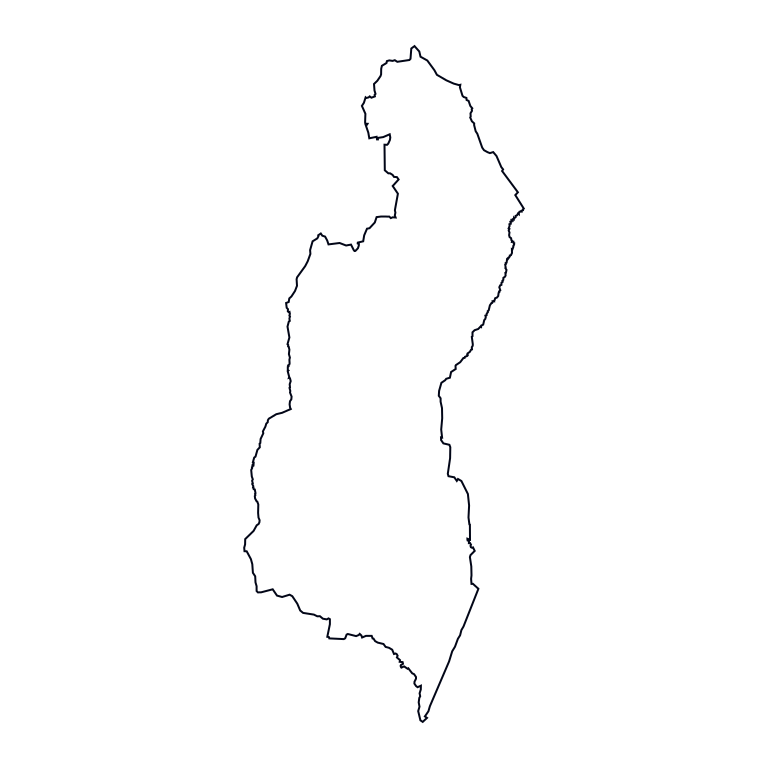 the district of Kilosa, Morogoro, United Republic of Tanzania
{"feature_id": "72390352B53131574128845", "entity_name": "Kilosa", "entity_type": "district", "adm_level": 2, "iso_a3": "TZA", "parent_name": "United Republic of Tanzania", "parent_adm1": "Morogoro", "projection": "equal_earth", "projection_center": [37.018, -6.957], "detail": "fine", "context": "isolated", "style": "outline", "palette": "ink", "viewbox_px": 768, "rotation_deg": 0, "n_neighbors": 0, "source": "geoboundaries", "source_scale": "gbopen_adm2", "svg_char_len": 6089}
<svg xmlns="http://www.w3.org/2000/svg" viewBox="0 0 768 768"><path d="M245.2,539.1L245.1,544.4L244.2,547.7L244.5,551.2L246.7,551.3L250.9,559.1L252.3,564.2L252.9,572.8L255.2,576.3L255.5,582.4L256.6,586.2L256.6,591.0L257.9,592.4L261.2,592.3L272.7,589.3L277.0,595.6L282.1,597.0L289.6,594.7L292.3,596.2L297.3,603.7L300.2,610.5L303.1,612.9L313.9,614.6L317.3,616.3L319.9,616.2L322.9,618.7L326.8,619.4L328.5,618.4L329.9,619.2L329.9,624.2L327.3,636.8L328.9,637.1L329.3,638.4L343.8,639.1L345.2,638.3L346.6,634.6L347.8,634.0L356.1,636.1L358.8,635.0L359.7,633.9L361.4,635.5L362.1,637.5L365.9,635.9L371.7,635.9L372.6,638.5L373.5,638.6L375.1,641.1L377.7,642.6L383.5,644.0L385.6,646.9L389.0,647.8L392.2,649.7L394.0,654.0L395.6,653.5L396.7,654.1L397.6,655.7L396.9,657.5L400.0,660.1L399.7,661.8L402.6,662.1L403.0,663.8L400.9,665.1L400.6,665.9L401.0,667.1L401.4,667.6L404.1,666.4L407.6,668.8L408.3,668.3L412.2,673.3L414.1,674.2L416.0,677.0L416.0,678.7L414.5,681.7L414.4,683.6L416.1,686.1L417.6,687.2L420.9,685.7L420.8,689.5L419.6,693.3L420.2,696.3L419.3,697.9L418.7,702.4L419.5,706.7L418.2,711.1L420.4,720.3L422.7,721.9L427.0,717.9L424.9,716.4L428.4,711.3L429.9,706.2L449.1,661.4L452.2,651.3L455.0,646.7L457.9,638.8L460.1,635.3L461.4,630.1L463.5,626.5L478.4,588.8L472.9,583.8L471.5,583.9L471.1,578.9L471.5,575.4L471.3,566.4L469.9,557.1L470.5,555.1L474.7,550.9L473.0,547.4L472.1,547.8L470.9,547.2L470.5,545.8L471.0,544.7L470.0,543.0L468.9,543.1L469.0,540.9L467.6,540.5L467.4,539.5L467.4,538.7L470.0,539.7L469.9,524.6L469.4,524.4L468.5,517.5L469.1,505.5L467.9,494.0L461.4,481.0L458.0,479.0L456.8,480.9L454.3,477.3L448.5,476.2L447.8,473.8L450.1,458.2L450.3,447.2L449.4,444.8L443.4,443.4L441.1,440.1L441.0,437.4L442.1,437.6L441.2,429.6L442.2,418.2L442.0,408.1L440.6,401.7L440.6,398.3L438.8,395.8L439.1,390.9L441.4,382.8L445.2,380.2L446.2,378.8L449.9,377.7L451.1,372.0L455.7,369.0L455.5,365.9L455.9,365.1L460.2,362.2L463.4,358.0L464.6,357.9L465.0,356.8L467.3,355.9L467.8,355.1L467.2,354.6L467.5,353.5L469.8,351.9L471.1,349.7L472.0,349.4L471.8,347.2L472.7,345.8L472.8,344.3L471.8,336.8L472.5,336.2L472.5,332.3L474.6,330.2L478.2,329.0L480.3,326.8L481.1,327.1L481.2,325.6L483.2,324.6L484.2,320.2L485.3,318.9L485.8,317.0L485.4,315.6L486.6,315.2L486.7,313.7L487.9,312.1L487.7,311.2L488.7,310.3L489.9,305.3L491.5,303.0L492.2,302.9L492.6,301.6L493.4,301.5L493.0,301.1L494.4,300.7L495.2,298.2L496.9,297.6L498.2,296.0L498.6,292.9L499.4,292.0L499.1,291.4L500.3,290.3L499.3,287.2L500.2,285.3L501.4,284.9L501.5,282.7L502.7,281.8L502.4,280.8L503.3,279.9L503.4,277.8L505.0,276.7L505.6,275.5L505.4,272.9L505.9,272.8L506.5,269.9L505.4,268.1L505.7,267.8L505.2,264.5L505.9,264.0L505.7,263.0L506.6,262.6L507.1,258.8L508.0,258.0L508.2,258.6L509.8,256.4L509.8,255.5L511.0,255.1L512.0,252.9L511.9,249.4L512.3,249.7L513.4,246.8L513.2,246.1L514.1,244.7L514.2,243.3L513.7,243.3L513.4,241.7L511.9,241.9L512.1,240.8L511.4,240.1L511.1,238.2L509.6,237.1L509.1,235.1L509.5,232.5L508.7,230.6L509.4,228.9L508.6,228.5L509.6,225.9L509.4,224.2L510.8,223.7L510.4,221.8L511.4,221.7L511.4,220.2L512.6,220.7L512.7,219.3L513.8,219.6L513.9,218.4L514.4,219.2L514.2,217.9L515.6,217.2L515.6,215.9L517.0,215.3L518.0,213.5L518.9,214.2L518.9,212.7L519.5,211.7L521.6,211.6L521.4,210.8L523.0,210.2L522.9,209.4L523.8,208.6L515.3,195.1L517.9,192.3L502.1,171.0L503.1,169.4L501.3,167.1L496.5,156.0L493.2,152.1L489.9,153.1L487.6,152.2L484.0,150.2L482.2,147.6L477.3,133.7L475.7,131.3L474.1,125.0L474.2,123.4L471.9,121.3L470.2,117.5L470.7,116.5L470.5,113.3L472.0,110.8L471.7,109.2L472.3,108.3L470.3,105.9L468.6,100.9L466.6,100.0L466.4,97.9L463.7,97.0L462.5,95.8L459.9,87.3L460.3,84.8L459.0,85.1L453.7,83.6L446.3,80.3L436.9,74.8L434.4,70.2L427.3,60.5L420.5,56.7L419.3,51.5L414.5,46.1L411.3,48.5L410.5,58.8L409.4,60.0L397.3,61.8L394.8,60.2L392.6,60.9L389.3,60.4L386.9,61.1L386.5,63.0L381.9,65.8L381.2,68.8L381.1,74.4L380.5,76.1L377.3,80.8L374.0,84.0L374.5,90.5L375.5,93.9L374.6,94.9L374.9,96.4L371.4,97.7L369.7,96.4L368.6,97.4L366.3,98.0L365.6,97.4L363.9,102.8L361.9,105.9L365.4,113.8L365.1,122.4L365.4,123.7L367.5,123.8L367.0,124.7L365.6,124.7L368.3,132.6L369.3,138.3L376.6,136.8L377.0,139.4L377.9,139.4L377.9,137.9L383.2,137.1L389.7,134.3L390.3,137.5L389.9,140.0L388.2,143.7L387.1,144.8L384.5,144.7L384.8,170.3L388.3,173.3L390.1,173.3L392.6,174.9L394.0,176.9L396.9,177.1L398.6,179.5L392.7,186.0L397.9,193.7L394.9,210.2L395.4,212.7L394.8,215.4L395.6,217.5L392.7,217.3L390.8,218.1L389.3,216.6L381.3,216.5L376.6,217.1L374.8,222.5L369.5,228.2L367.0,228.7L364.2,235.3L363.2,241.3L357.8,242.6L357.7,243.5L358.9,244.1L358.8,245.6L357.9,248.3L355.4,250.9L354.5,251.0L353.7,250.0L351.0,244.6L346.1,245.5L339.6,243.0L328.5,244.4L327.2,240.5L325.1,236.6L322.3,235.7L320.8,233.5L318.2,235.3L318.4,236.3L317.3,238.4L312.6,241.3L310.1,250.1L310.4,253.9L307.7,261.3L305.2,266.1L297.1,277.3L296.6,279.2L297.0,285.8L295.0,291.0L291.4,296.5L289.3,298.4L288.7,302.0L286.1,303.0L286.7,307.8L288.0,309.2L287.8,311.3L288.7,312.2L289.5,311.9L289.9,313.8L289.4,315.7L290.0,316.4L289.4,318.6L289.8,320.9L288.8,321.6L287.5,326.6L289.4,337.5L287.5,344.2L288.2,344.9L288.1,346.4L288.7,346.7L289.4,349.7L288.9,354.1L289.9,357.6L289.4,359.7L289.6,363.4L289.3,364.6L288.1,365.4L288.5,366.4L287.8,366.9L287.8,370.1L288.4,370.5L287.7,371.2L289.2,376.9L288.9,377.8L289.5,377.6L290.0,378.4L290.7,381.1L289.7,384.2L290.0,387.5L289.5,387.9L290.3,391.0L290.0,392.5L291.6,396.6L291.3,399.4L290.0,401.2L289.6,404.3L290.1,407.7L290.8,409.0L282.1,412.8L276.3,414.2L268.8,418.7L267.9,420.2L267.7,422.3L266.3,423.6L265.4,426.6L262.9,431.4L263.3,433.3L260.6,439.0L260.3,443.0L259.6,443.7L259.8,447.3L257.4,449.9L255.5,456.6L254.2,457.6L252.9,462.2L253.7,462.5L253.5,465.0L252.7,464.6L252.4,465.2L252.7,466.5L251.9,467.2L252.1,468.2L251.2,470.0L251.8,476.5L252.8,479.3L252.1,480.8L252.8,483.4L252.2,484.0L253.3,486.1L253.0,487.5L253.5,487.6L253.7,489.2L254.8,489.5L255.5,493.2L255.0,493.9L255.4,495.1L254.8,496.1L255.1,498.5L256.6,501.3L257.3,501.6L258.3,504.5L258.1,512.9L258.5,517.6L259.6,520.2L259.4,522.3L258.6,524.0L256.7,525.3L253.6,530.9L245.2,539.1Z" fill="none" stroke="#020617" stroke-width="2"/></svg>